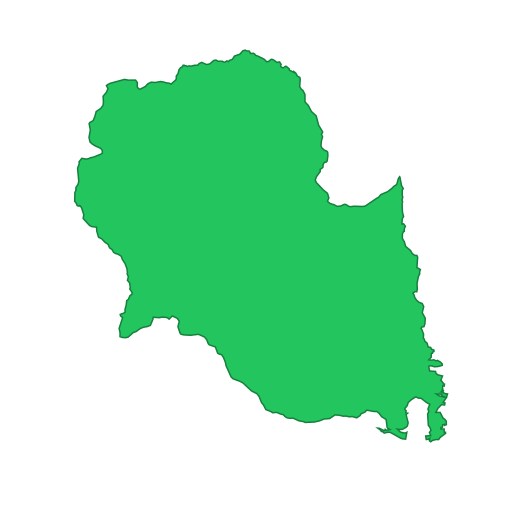 the district of Belis, Cluj, Romania, rotated 83°
{"feature_id": "2599482B26084310177875", "entity_name": "Belis", "entity_type": "district", "adm_level": 2, "iso_a3": "ROU", "parent_name": "Romania", "parent_adm1": "Cluj", "projection": "mercator", "projection_center": [22.964, 46.612], "detail": "fine", "context": "isolated", "style": "filled", "palette": "green", "viewbox_px": 512, "rotation_deg": 83, "n_neighbors": 0, "source": "geoboundaries", "source_scale": "gbopen_adm2", "svg_char_len": 5976}
<svg xmlns="http://www.w3.org/2000/svg" viewBox="0 0 512 512"><g transform="rotate(83 256 256)"><path d="M170.8,428.0L179.6,429.3L181.9,427.9L183.9,427.5L184.6,426.7L184.9,425.3L184.5,425.1L184.8,424.4L186.8,423.3L194.0,421.9L197.7,423.0L205.4,417.5L206.9,415.2L207.9,410.8L212.1,411.0L218.2,410.0L220.2,407.0L223.9,404.3L226.5,401.3L230.0,400.4L232.2,398.0L235.0,396.9L236.5,395.0L237.4,392.7L239.8,389.8L243.1,389.1L247.5,386.9L252.6,385.7L256.5,385.6L258.0,386.1L261.1,385.2L264.5,386.6L267.2,384.8L271.7,384.6L273.4,385.3L277.4,383.3L278.9,383.9L279.8,385.8L283.5,388.0L284.6,389.8L289.6,391.0L292.8,392.5L295.6,392.7L296.6,394.2L297.4,397.9L299.0,397.7L300.9,395.9L311.2,400.7L315.5,400.3L319.5,400.8L320.6,398.5L321.2,395.4L321.0,392.9L317.0,387.1L316.4,384.2L313.9,379.7L313.0,376.3L312.8,372.4L312.0,369.3L306.4,366.1L304.3,365.5L305.5,359.3L305.2,357.0L305.8,353.5L306.4,351.5L308.1,349.9L305.3,346.4L308.2,341.8L311.4,340.1L316.6,342.1L323.2,340.8L324.5,340.0L325.5,337.3L326.7,330.6L326.7,323.0L327.2,321.8L330.2,316.9L333.2,315.1L337.2,314.1L338.4,313.3L341.3,307.4L347.8,305.9L349.0,304.3L349.6,302.3L352.6,300.7L357.5,299.4L361.6,299.0L373.1,295.4L375.1,293.7L378.6,286.9L380.6,284.2L389.4,276.9L392.8,271.8L396.0,270.0L402.1,268.4L405.0,266.6L409.6,265.0L412.3,260.0L413.6,258.7L413.7,255.0L414.5,253.0L415.6,251.5L416.8,248.3L419.3,246.4L420.4,244.8L421.3,241.9L421.4,239.1L424.8,233.5L426.2,229.0L427.2,227.5L427.9,218.3L427.4,213.3L426.1,208.2L426.3,202.7L423.4,197.0L424.1,193.1L425.6,189.0L425.9,186.0L427.0,183.0L427.1,180.0L428.9,175.8L427.1,172.2L425.4,170.9L424.3,167.0L422.5,164.9L424.8,157.6L425.0,155.1L427.2,153.0L430.9,150.8L434.1,146.8L442.2,146.7L443.2,146.1L444.5,144.2L444.9,147.9L443.8,148.9L444.9,149.4L444.9,150.2L442.0,154.6L441.7,156.1L444.5,153.1L445.3,153.1L446.3,151.1L447.4,150.4L447.0,146.7L447.5,144.1L454.5,134.6L455.3,133.0L456.0,129.8L449.4,127.8L449.8,128.6L449.7,130.8L448.3,134.2L445.0,136.8L445.7,134.5L445.9,131.8L444.4,128.1L443.2,126.5L440.1,125.3L431.6,126.4L430.5,124.7L430.1,126.1L429.4,126.5L428.0,125.8L426.5,126.9L425.6,126.9L422.9,124.1L420.0,122.8L417.7,119.6L415.4,114.9L415.5,114.1L416.8,112.3L417.4,109.4L422.1,104.7L424.4,101.6L428.8,104.0L431.6,103.5L433.7,104.9L445.1,105.6L447.5,104.2L450.4,103.6L452.2,105.4L455.6,104.5L455.3,109.5L458.9,109.4L458.9,107.2L458.2,105.8L460.6,106.4L461.7,105.2L460.6,103.4L460.1,99.7L460.5,97.1L458.5,95.3L455.2,89.5L454.1,89.4L454.1,90.6L450.6,90.4L450.3,93.5L448.9,93.4L448.6,91.8L446.3,91.3L446.4,90.2L446.1,89.6L447.1,89.4L446.6,87.6L443.1,87.3L441.1,88.5L439.8,90.0L433.7,92.3L433.1,96.6L429.3,93.9L426.1,89.9L426.9,87.0L424.9,86.3L424.2,88.2L419.8,84.3L416.9,91.7L414.9,93.9L415.8,88.4L417.7,88.6L419.6,84.2L416.2,82.7L415.6,85.2L413.8,87.5L413.5,88.8L413.3,88.4L413.7,87.0L412.6,86.5L412.4,87.8L411.5,87.5L411.6,86.8L409.1,86.9L407.7,86.5L408.1,85.1L406.1,84.5L405.7,85.8L404.9,85.7L402.2,87.3L402.1,87.8L397.8,85.5L396.3,89.5L394.8,91.5L392.4,91.9L391.3,97.7L386.5,98.0L386.1,97.0L386.7,94.6L387.7,92.4L387.9,88.9L387.3,84.5L385.9,84.3L383.9,85.7L381.7,88.6L382.0,90.1L380.7,92.1L380.8,94.4L380.1,97.2L377.8,94.4L374.1,93.8L374.0,92.7L372.8,92.3L372.6,91.2L372.1,90.8L370.9,91.0L369.9,93.2L368.0,93.8L367.3,96.2L363.3,96.8L361.2,98.8L359.1,99.1L357.8,99.9L354.0,99.2L349.3,100.3L348.1,101.0L346.8,100.3L346.6,97.9L343.8,96.6L338.4,95.6L332.5,97.9L326.7,95.7L323.4,96.8L321.7,100.0L319.4,102.0L316.5,103.5L314.1,103.8L312.0,104.8L310.7,102.4L311.1,100.8L308.5,99.9L302.8,99.5L296.4,97.4L293.5,95.6L291.9,95.6L289.4,94.5L287.1,97.7L276.9,95.7L275.4,96.1L275.0,96.3L274.7,98.4L272.6,100.6L269.3,102.0L264.7,106.3L260.1,107.0L256.4,108.6L252.0,108.0L250.0,106.8L249.6,105.8L247.1,105.5L244.7,104.1L242.3,105.4L242.0,105.9L242.0,107.3L236.7,106.2L234.8,104.7L230.4,105.3L221.8,104.6L220.1,103.9L218.2,104.2L215.2,103.1L213.9,103.5L208.5,102.8L207.0,101.6L203.8,103.0L195.3,103.5L194.8,103.8L196.6,105.3L201.5,107.3L202.5,108.2L203.7,110.8L205.1,112.4L208.2,117.5L210.2,124.5L212.8,127.4L213.4,129.1L219.8,141.6L219.8,144.5L218.5,152.7L218.6,155.9L218.0,158.0L216.1,160.1L215.5,161.6L215.6,162.6L216.7,165.6L216.6,169.5L214.6,172.3L213.0,175.9L211.3,177.7L210.2,178.3L207.3,176.6L202.5,177.4L198.7,181.1L190.4,187.2L187.8,187.9L184.7,186.4L179.9,181.9L177.8,181.8L177.1,180.1L176.0,178.7L173.6,178.3L171.9,177.2L171.4,176.5L171.3,174.6L170.2,173.7L165.0,172.4L161.7,172.2L160.5,173.0L159.4,175.1L156.9,177.4L154.4,178.1L149.3,176.9L145.8,175.4L143.1,176.2L141.4,174.8L140.7,174.8L133.8,177.9L124.2,179.2L119.3,183.4L113.0,185.7L109.0,188.6L101.6,187.7L97.3,189.3L96.2,190.6L93.3,192.0L86.1,190.6L84.1,190.7L82.5,193.0L79.4,194.2L77.8,195.7L78.6,195.7L75.6,200.2L74.2,200.3L71.4,202.9L71.3,203.7L72.6,205.9L71.7,207.8L70.3,208.5L68.9,207.7L66.2,209.0L66.4,211.7L64.0,214.1L62.7,216.1L62.7,217.1L64.4,219.8L64.5,221.7L61.8,223.8L57.8,229.8L56.8,232.0L55.4,232.7L54.5,233.8L54.3,236.7L51.8,237.7L51.3,240.4L50.3,241.7L50.7,244.0L53.7,247.4L54.9,253.0L57.9,255.4L58.7,258.7L59.7,259.7L58.8,261.1L59.8,263.2L59.8,264.1L58.5,266.0L58.1,269.9L56.6,271.9L56.8,274.2L59.7,278.4L59.9,281.0L59.8,282.0L57.2,286.3L58.0,288.9L59.5,290.6L59.2,294.1L59.7,297.4L59.1,299.2L59.6,300.9L58.5,302.4L58.6,303.3L57.9,304.0L57.8,305.2L58.9,305.6L60.0,308.0L61.7,309.7L65.5,311.2L67.7,313.2L70.3,313.5L71.5,314.2L75.0,319.3L73.8,321.3L73.1,324.4L72.3,325.7L71.2,329.4L71.5,334.8L70.7,338.9L71.9,342.4L74.3,345.2L76.1,350.1L76.2,351.3L75.5,352.3L73.5,353.3L69.5,352.6L66.7,354.1L65.9,361.2L64.7,365.0L66.8,379.6L67.7,382.2L68.6,383.7L71.7,382.5L75.3,384.5L78.8,388.3L84.8,388.7L87.9,389.5L90.7,392.2L93.1,397.0L97.8,398.9L101.4,400.9L102.1,401.7L103.3,404.8L104.3,405.5L110.8,405.1L117.9,407.3L122.5,406.9L124.6,405.2L126.9,402.5L130.2,397.1L132.5,395.7L135.2,396.0L136.0,397.6L138.0,405.0L138.3,408.2L139.1,411.0L139.0,413.2L137.8,417.0L141.0,420.2L142.9,420.2L147.1,422.4L160.3,422.8L163.1,423.9L166.1,426.4L169.1,426.8L170.8,428.0Z" fill="#22c55e" stroke="#15803d" stroke-width="1.5"/></g></svg>